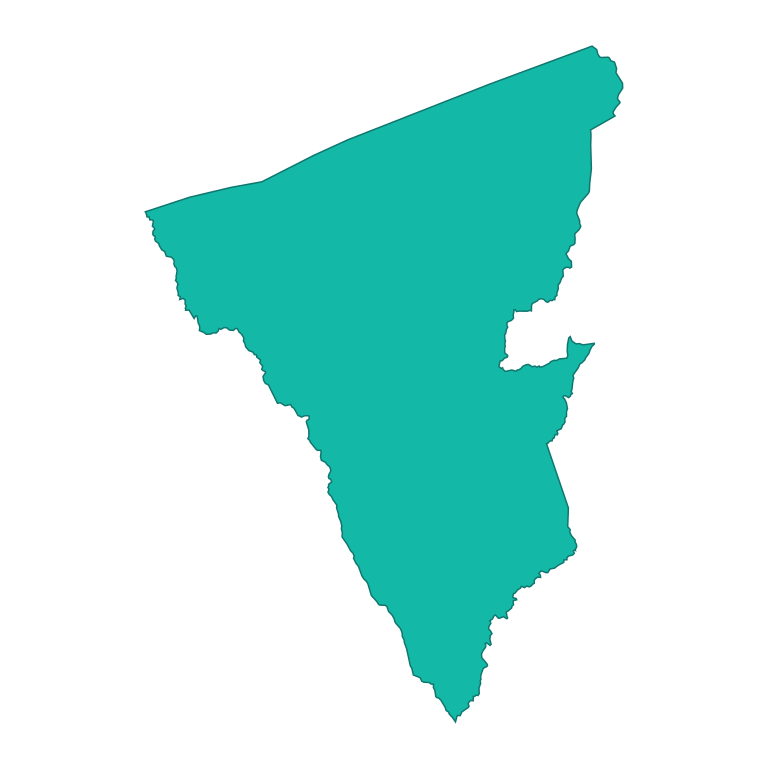 outline of Chifunde, Tete, Mozambique
{"feature_id": "85939544B38440784035247", "entity_name": "Chifunde", "entity_type": "district", "adm_level": 2, "iso_a3": "MOZ", "parent_name": "Mozambique", "parent_adm1": "Tete", "projection": "robinson", "projection_center": [32.901, -14.712], "detail": "fine", "context": "isolated", "style": "filled", "palette": "teal", "viewbox_px": 768, "rotation_deg": 0, "n_neighbors": 0, "source": "geoboundaries", "source_scale": "gbopen_adm2", "svg_char_len": 6115}
<svg xmlns="http://www.w3.org/2000/svg" viewBox="0 0 768 768"><path d="M615.0,116.0L613.4,114.0L613.0,112.0L616.3,106.9L619.9,102.9L619.9,101.8L618.0,99.8L617.5,98.1L618.4,94.8L622.7,88.1L622.5,83.2L615.9,72.6L616.6,68.6L614.5,62.1L610.8,60.7L609.3,57.9L608.1,57.2L601.4,57.5L599.8,57.1L597.9,54.3L596.7,49.7L592.1,46.1L490.2,83.9L348.3,139.6L314.3,155.1L261.8,181.8L231.4,187.3L189.7,197.2L145.3,211.8L146.3,213.7L147.0,216.9L149.0,216.9L149.9,219.9L152.2,219.9L153.4,221.1L152.4,226.3L153.8,227.3L154.7,229.2L153.0,231.2L152.8,234.2L153.5,235.6L154.5,235.8L155.3,237.0L154.7,239.0L155.5,241.1L158.5,243.3L159.5,246.0L161.7,249.7L164.7,251.6L166.4,256.2L171.5,257.2L173.7,259.5L174.2,261.5L173.9,263.9L174.7,266.3L176.2,267.7L177.1,270.8L176.1,276.4L176.3,278.4L175.5,280.5L177.4,282.6L177.8,284.2L176.9,288.0L178.2,292.6L178.2,295.5L180.4,296.8L179.7,299.5L183.3,298.4L185.2,300.2L185.1,304.1L186.2,305.9L185.3,308.5L185.9,309.2L185.6,310.2L189.1,310.1L194.1,318.5L195.7,315.9L197.1,316.1L198.3,323.3L199.2,324.8L199.8,327.4L199.4,330.6L203.8,332.4L206.3,334.3L211.0,334.0L212.9,332.8L216.1,333.0L218.0,331.3L219.2,328.5L221.0,329.3L224.0,327.6L226.8,327.8L229.2,329.9L230.3,330.2L233.5,330.4L235.2,328.5L237.4,328.7L239.2,332.3L241.0,333.5L243.5,337.1L243.8,339.0L243.4,341.0L244.9,343.6L245.6,346.7L248.9,350.6L252.9,352.1L254.4,354.6L256.4,354.9L256.9,355.4L256.7,357.1L260.5,359.9L259.8,362.6L262.7,366.3L261.7,369.3L262.6,370.3L265.4,371.7L265.6,372.6L263.0,376.5L263.7,380.5L265.2,383.2L268.4,384.9L277.5,403.3L280.3,402.7L285.0,405.7L290.7,404.5L291.9,407.0L294.0,408.3L298.0,415.4L301.6,417.1L304.5,415.8L308.0,415.7L309.2,416.3L309.0,419.3L307.1,420.3L306.3,421.9L308.8,430.0L308.9,436.6L307.8,438.7L309.7,440.4L310.2,442.0L316.2,449.5L317.5,450.3L320.7,450.3L321.1,452.2L320.5,456.6L321.3,460.2L325.5,462.4L327.4,465.0L329.1,466.2L330.5,468.7L330.7,471.2L328.8,474.8L328.4,477.0L329.0,478.6L330.7,479.3L331.7,481.9L328.6,484.3L328.6,486.1L327.9,487.6L329.0,489.1L328.0,492.2L329.3,494.5L331.5,496.5L332.9,499.6L336.8,505.1L336.6,507.9L338.5,514.1L338.6,516.5L340.8,521.6L341.7,525.7L341.4,529.1L342.3,532.3L342.1,537.0L347.2,544.3L350.5,550.6L353.2,553.5L354.2,556.5L353.5,558.3L356.2,563.6L358.5,566.4L361.9,575.9L363.7,578.7L366.8,581.8L368.0,584.2L371.4,595.6L377.0,601.7L378.4,604.1L379.7,605.1L385.2,605.3L386.9,606.4L388.6,611.5L392.1,615.0L394.2,618.8L394.9,621.7L396.0,623.5L399.9,627.9L401.0,629.8L402.2,633.2L402.3,636.4L404.1,639.9L404.4,642.7L406.6,648.7L410.3,665.7L411.9,668.6L413.4,675.0L419.5,677.4L420.5,678.3L421.7,681.1L423.8,682.2L429.3,682.5L430.7,683.9L433.5,684.3L433.4,687.6L434.8,690.2L435.8,696.6L436.9,697.6L438.7,698.0L440.9,700.2L445.1,707.2L446.2,710.6L448.7,712.1L449.2,714.0L452.3,717.3L455.5,721.9L457.0,716.2L457.9,715.4L460.1,715.7L461.9,711.9L468.6,707.2L469.0,706.0L468.1,703.5L469.8,701.1L471.0,700.5L473.2,700.8L473.3,696.4L474.6,696.4L476.6,695.0L478.0,695.5L479.2,693.8L479.0,687.8L480.6,683.6L480.2,680.8L481.0,679.3L480.6,676.5L481.3,673.8L483.0,669.0L483.9,667.9L486.9,666.5L487.5,665.4L487.1,664.1L481.8,657.6L481.5,654.2L482.7,651.2L485.5,647.3L485.8,645.7L485.3,643.2L486.9,643.0L490.0,645.4L491.1,644.3L489.7,638.5L490.3,637.3L490.0,635.9L492.0,633.6L490.7,631.2L488.6,628.9L489.0,626.2L490.8,623.4L490.4,621.6L489.7,620.9L492.5,618.9L493.7,616.3L495.0,615.1L496.0,615.5L498.3,618.2L500.0,618.1L503.4,616.6L506.5,618.6L507.4,618.5L507.6,617.8L507.0,616.6L506.2,612.0L507.9,611.2L511.7,607.9L511.9,606.2L513.5,604.8L513.1,601.3L513.5,600.6L516.7,599.8L516.3,598.6L513.4,597.8L512.6,597.1L513.6,593.6L514.9,593.2L517.8,589.7L520.4,588.2L521.4,586.3L524.4,587.6L526.8,586.1L529.3,586.9L531.5,585.7L532.6,584.2L534.3,583.3L534.2,580.5L535.2,578.9L537.6,577.1L540.6,577.4L540.2,574.8L538.8,573.5L540.7,571.2L542.4,571.2L546.1,572.7L547.8,572.6L550.0,569.0L554.6,568.1L558.0,565.4L563.7,562.4L564.0,560.0L567.0,559.7L566.8,558.0L568.4,556.1L572.8,554.9L574.3,553.3L573.3,551.1L574.4,550.1L575.5,550.5L575.3,549.3L576.4,547.6L576.7,546.3L576.3,544.1L575.0,542.0L575.2,540.1L571.6,535.9L569.8,532.3L570.2,529.6L567.7,526.7L568.4,507.9L546.5,443.7L547.9,443.3L548.9,441.8L550.4,440.9L552.1,440.9L552.6,438.8L554.2,437.8L554.9,435.0L555.9,434.4L557.3,434.8L557.8,433.4L556.8,430.8L561.3,428.7L562.5,425.0L563.5,424.5L565.0,422.0L564.8,418.7L565.3,417.5L566.5,416.5L566.5,411.4L567.5,408.8L566.4,402.9L564.6,398.9L563.3,397.8L563.2,396.4L564.0,395.8L565.5,395.8L568.6,397.6L570.4,396.1L570.7,394.6L572.4,393.6L571.1,391.3L571.9,389.8L572.9,380.8L573.8,378.2L572.9,375.3L578.2,367.9L579.9,363.9L581.8,362.8L584.8,359.9L585.8,357.5L588.7,353.8L590.2,349.6L592.2,346.1L594.1,344.5L594.3,343.3L583.1,344.9L579.4,343.6L576.6,343.9L575.0,343.3L571.9,340.9L570.2,336.6L568.8,337.9L567.5,344.4L567.2,350.5L567.8,356.0L566.7,358.2L559.4,358.9L556.3,360.6L554.5,360.2L550.6,361.7L549.3,363.3L542.8,366.6L540.1,367.2L539.1,366.0L536.8,367.2L535.1,366.1L532.2,366.7L528.6,364.5L526.3,364.7L522.9,366.2L521.0,368.4L519.0,369.7L517.2,370.0L516.1,371.2L511.8,370.0L505.4,371.4L503.2,369.6L502.6,367.8L501.1,368.4L499.0,366.7L499.0,365.6L500.2,361.0L502.3,360.6L504.5,358.1L507.1,357.3L507.7,356.2L507.6,355.3L505.0,353.1L504.7,352.1L504.7,347.4L505.3,346.5L504.8,343.9L505.5,340.7L504.9,339.5L504.6,334.8L505.6,333.6L506.5,329.2L507.7,327.2L506.9,325.1L507.0,322.7L508.0,321.7L511.4,320.4L513.5,318.2L513.2,314.7L514.0,311.6L513.8,309.9L515.3,309.6L516.5,311.5L519.1,311.1L527.3,311.2L530.0,310.4L531.4,310.9L531.6,304.9L532.5,303.4L537.3,300.9L538.6,299.4L541.1,298.7L543.9,299.4L546.0,301.7L547.8,302.3L550.3,300.3L552.0,300.6L553.3,299.7L554.8,299.7L555.1,297.0L557.0,295.3L556.7,293.6L558.3,288.7L558.0,285.3L559.8,283.0L561.6,278.2L563.3,276.2L562.8,269.9L564.2,268.4L566.5,267.3L568.2,267.2L569.9,268.1L571.6,267.0L571.3,261.3L568.5,258.7L566.0,253.7L568.5,250.9L570.1,246.2L573.6,244.7L574.9,243.4L575.1,238.5L574.7,234.6L575.3,233.3L578.9,229.9L580.8,226.5L579.6,223.2L579.7,221.0L576.7,213.3L577.2,210.1L580.4,202.4L588.5,193.2L589.4,190.9L589.7,183.5L591.4,168.8L590.7,145.2L591.0,135.2L590.6,129.9L615.0,116.0Z" fill="#14b8a6" stroke="#0f766e" stroke-width="1.5"/></svg>